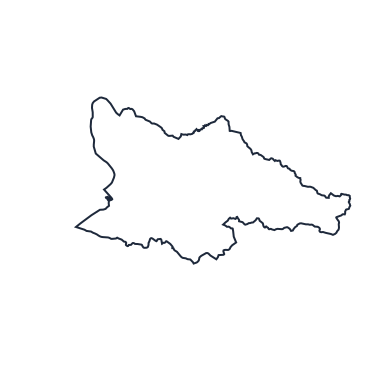 the district of Tien Yen, Quảng Ninh, Vietnam, rotated 133°
{"feature_id": "81297802B1435628045096", "entity_name": "Tien Yen", "entity_type": "district", "adm_level": 2, "iso_a3": "VNM", "parent_name": "Vietnam", "parent_adm1": "Quảng Ninh", "projection": "natural_earth1", "projection_center": [107.339, 21.373], "detail": "fine", "context": "isolated", "style": "outline", "palette": "slate", "viewbox_px": 384, "rotation_deg": 133, "n_neighbors": 0, "source": "geoboundaries", "source_scale": "gbopen_adm2", "svg_char_len": 6050}
<svg xmlns="http://www.w3.org/2000/svg" viewBox="0 0 384 384"><g transform="rotate(133 192 192)"><path d="M178.8,298.6L185.4,297.2L185.7,299.5L185.7,301.6L182.9,311.8L182.5,316.8L182.5,318.3L184.6,322.6L186.0,323.8L192.6,325.4L194.8,325.2L196.3,324.5L198.7,322.5L201.4,319.0L204.9,315.7L205.7,315.4L207.2,315.3L208.1,314.9L213.3,310.7L217.1,306.3L218.6,303.6L219.3,301.6L220.3,299.6L221.3,298.5L224.4,296.1L225.8,294.8L229.5,288.6L229.1,278.2L228.5,274.8L228.5,273.1L229.4,266.8L230.0,264.4L230.9,262.5L231.8,260.9L232.6,260.1L234.7,258.9L239.7,257.0L241.8,256.9L247.3,257.4L250.2,258.0L251.2,246.9L251.5,245.7L251.9,245.4L252.6,245.5L255.0,246.8L257.0,245.3L258.7,243.3L261.2,243.7L263.3,243.7L265.4,244.9L267.8,247.2L277.5,249.7L291.2,252.2L296.7,253.0L292.9,244.9L292.4,242.6L289.8,238.9L289.3,236.6L288.6,234.9L287.9,232.7L287.6,230.6L287.2,229.0L286.7,227.8L285.9,226.6L282.5,222.4L281.9,221.2L281.4,219.2L280.9,218.6L277.9,215.9L276.7,215.7L276.3,215.4L276.2,214.4L274.8,211.0L274.7,208.0L273.8,206.6L273.9,206.0L274.1,205.4L275.2,204.8L275.8,204.2L275.8,203.2L275.5,202.2L275.0,201.9L273.8,202.1L272.3,200.6L269.9,200.6L269.1,199.8L268.8,198.2L267.2,196.4L265.0,193.1L264.9,192.3L265.5,191.0L265.7,189.5L265.1,188.5L263.6,187.1L262.2,186.8L260.4,187.7L258.9,189.0L257.0,189.6L255.0,190.6L254.1,190.6L253.5,190.3L253.0,189.2L252.6,185.7L252.3,184.5L251.8,184.4L250.6,184.8L249.9,184.8L247.7,182.9L247.9,181.8L250.3,178.6L250.0,178.5L248.9,178.6L248.0,177.5L247.1,177.2L245.6,177.3L245.3,176.7L244.8,172.4L245.2,169.0L245.3,168.8L246.1,168.5L246.5,168.1L245.8,167.2L246.5,165.5L246.5,164.8L246.0,162.2L246.7,156.9L246.8,155.2L246.5,153.9L244.7,151.2L244.2,149.5L242.5,147.2L242.7,143.3L243.2,142.0L240.6,140.6L239.7,140.3L237.8,140.3L236.9,140.6L235.0,141.8L234.4,141.9L232.4,141.7L227.0,140.0L226.1,139.0L225.8,138.0L225.9,135.2L224.6,128.3L222.1,128.6L220.0,129.5L216.5,126.2L215.7,126.0L215.4,126.1L214.0,128.6L213.2,129.1L212.4,128.8L211.6,128.2L209.8,126.1L209.2,125.8L208.0,125.6L206.2,126.2L203.6,126.3L198.8,125.3L196.2,131.0L192.4,135.4L191.0,137.3L191.1,137.7L192.0,138.6L192.0,140.2L192.3,141.5L193.6,142.7L193.8,144.8L194.6,147.0L191.5,146.8L188.6,146.3L186.5,146.8L184.8,146.6L184.8,145.3L182.9,143.8L182.1,141.9L181.3,141.7L179.9,142.3L179.4,142.0L180.0,140.1L180.2,138.8L180.7,138.1L181.3,137.6L179.6,134.5L179.6,133.7L179.8,131.8L179.6,130.8L177.8,129.7L176.0,129.2L175.1,128.3L173.6,127.5L172.7,126.6L169.2,126.2L167.0,126.6L165.9,125.3L166.0,124.5L166.9,122.8L166.7,121.0L166.6,118.8L168.1,116.6L168.4,115.8L168.4,114.9L168.2,114.4L166.9,114.4L166.5,114.1L166.6,112.8L166.3,111.9L166.7,110.8L166.7,110.4L166.2,109.8L165.5,109.5L165.1,109.0L164.8,107.9L163.6,105.7L162.2,105.3L160.7,104.4L157.8,100.8L156.9,100.3L155.3,100.1L152.9,98.5L152.6,97.8L152.3,95.7L152.4,94.8L152.9,93.0L151.4,92.0L149.9,92.4L147.5,92.6L145.2,92.1L144.1,92.6L141.6,91.8L140.5,90.9L138.0,86.7L136.5,85.1L135.6,83.5L134.2,82.2L133.8,81.3L133.6,78.7L131.7,76.3L131.4,74.9L131.4,74.2L131.7,73.4L132.1,73.0L133.2,72.6L133.7,71.9L133.8,71.1L133.3,70.1L131.9,68.9L130.6,66.2L128.0,61.8L127.2,59.7L125.1,58.8L123.3,58.6L121.7,59.1L119.8,59.1L119.0,59.4L117.7,60.3L115.4,62.8L114.3,63.4L113.8,63.9L113.3,64.8L113.0,66.6L112.4,69.0L111.9,69.2L107.2,66.8L105.7,66.7L105.0,66.1L104.2,65.0L103.2,65.4L101.8,66.7L99.9,67.3L99.5,67.2L98.3,66.3L97.3,65.8L95.6,66.6L94.1,66.9L93.1,68.6L92.5,70.4L92.1,70.7L91.2,70.7L90.6,71.5L89.7,71.5L88.9,71.9L88.2,73.1L87.3,73.9L87.4,75.1L88.5,76.4L88.9,77.6L89.8,78.6L91.4,81.4L91.9,81.5L92.5,80.9L94.5,81.0L95.4,82.7L96.3,83.3L97.1,84.2L97.8,85.8L98.2,89.6L100.8,89.4L102.1,88.9L103.0,88.0L104.6,89.9L104.7,90.3L104.3,91.8L104.4,92.8L105.9,94.9L106.4,96.9L107.3,98.9L107.2,99.6L105.9,101.6L106.2,102.8L106.2,106.1L107.3,108.8L108.0,109.7L109.1,110.7L110.9,113.9L111.7,114.9L112.0,115.7L111.1,119.0L110.3,120.1L109.1,120.8L108.6,121.7L108.0,122.3L108.8,123.4L109.3,124.9L109.5,127.4L108.5,128.1L108.1,129.7L107.4,130.5L107.3,131.8L108.4,133.5L108.8,134.8L108.7,135.8L108.5,136.6L109.1,137.5L109.2,138.1L108.5,140.1L108.5,140.5L109.1,141.3L110.9,142.2L111.5,142.9L111.6,143.9L111.3,144.7L111.3,145.8L110.0,147.5L109.3,148.9L109.3,149.3L109.8,149.9L110.9,150.6L111.5,151.7L111.8,152.6L112.8,152.6L112.8,154.3L112.6,155.6L113.1,156.8L113.6,157.2L115.9,157.4L117.6,160.3L118.3,161.7L118.3,162.1L117.7,163.1L117.7,164.2L118.1,167.1L119.0,168.4L118.6,169.8L118.8,170.7L119.5,171.5L120.4,171.9L121.1,172.6L122.9,173.1L122.1,175.5L121.0,177.0L120.6,178.5L120.8,182.7L119.6,184.2L119.3,185.4L119.9,187.5L119.5,188.2L118.9,191.0L117.5,193.4L117.1,194.9L115.7,196.7L120.3,204.8L121.5,205.8L121.6,206.1L118.9,209.0L117.5,211.4L115.6,213.3L115.5,214.0L115.6,214.9L116.0,217.2L115.8,218.0L115.0,219.4L115.0,220.0L115.7,221.0L116.0,221.3L116.5,222.3L116.8,222.4L119.6,222.7L120.7,223.6L125.0,223.3L128.8,225.4L130.6,225.7L130.9,226.2L131.4,225.8L132.3,225.9L133.1,227.2L133.9,226.7L134.2,226.7L134.5,227.1L134.6,228.0L135.3,227.9L135.9,228.5L136.5,227.3L137.0,227.0L137.4,227.1L137.9,227.7L138.5,228.0L138.9,228.0L139.1,227.6L139.4,227.5L140.4,228.4L142.4,228.2L143.0,228.7L143.4,229.5L143.1,229.9L142.5,230.0L143.1,230.8L143.0,231.6L143.9,231.5L144.7,231.7L145.5,231.4L146.5,231.9L147.0,231.3L147.8,231.1L148.1,231.5L149.1,231.4L150.0,231.9L150.9,232.5L151.6,233.4L152.5,234.3L153.6,234.3L154.1,235.6L156.1,237.6L156.9,239.3L159.0,238.1L162.4,238.1L164.2,243.1L164.0,244.6L166.7,247.1L167.1,247.9L167.4,252.3L166.4,253.6L166.6,256.1L165.9,257.4L165.9,259.0L166.6,263.6L167.8,266.5L168.8,267.5L169.2,268.1L169.3,268.8L169.2,270.9L170.8,275.1L170.8,275.9L170.5,276.7L171.1,279.2L172.1,280.9L174.8,284.6L172.4,289.4L172.1,291.9L172.3,292.6L172.5,293.0L173.4,293.7L173.6,295.2L174.0,295.9L175.3,296.0L176.7,297.4L178.8,298.6ZM254.9,248.9L255.1,248.1L254.2,247.9L252.9,247.1L253.0,246.6L252.1,245.9L251.9,247.6L252.2,248.1L252.4,248.3L252.3,248.7L252.3,249.2L252.9,249.5L253.3,249.9L253.3,250.6L254.0,250.8L254.4,251.3L254.7,251.3L254.9,250.9L254.2,250.1L253.7,248.7L254.0,248.6L254.9,248.9Z" fill="none" stroke="#1e293b" stroke-width="2"/></g></svg>